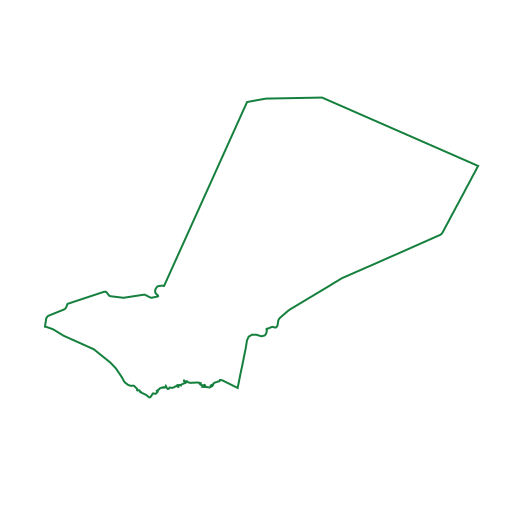 Diffa, orthographic projection, rotated 24°
{"feature_id": "NER-796", "entity_name": "Diffa", "entity_type": "Department", "adm_level": 1, "iso_a3": "NER", "parent_name": "Niger", "parent_adm1": "", "projection": "orthographic", "projection_center": [13.155, 15.532], "detail": "fine", "context": "isolated", "style": "outline", "palette": "green", "viewbox_px": 512, "rotation_deg": 24, "n_neighbors": 0, "source": "natural_earth", "source_scale": "10m", "svg_char_len": 3785}
<svg xmlns="http://www.w3.org/2000/svg" viewBox="0 0 512 512"><g transform="rotate(24 256 256)"><path d="M292.9,384.0L276.1,383.3L274.1,383.6L273.4,384.1L273.5,385.3L272.4,386.1L269.7,388.6L269.3,389.3L268.9,390.0L269.2,390.7L269.3,391.1L269.1,391.7L268.7,391.8L268.2,391.8L267.9,391.9L267.3,392.8L267.4,393.2L268.4,393.3L267.2,394.9L265.5,395.5L263.7,395.9L261.9,396.7L262.1,396.1L262.3,395.4L262.1,394.9L261.4,394.7L261.1,395.0L260.6,396.2L260.1,396.7L260.1,395.9L260.1,395.7L258.9,396.1L257.7,396.1L256.9,395.8L257.3,395.2L257.3,394.7L255.4,394.9L253.7,395.5L247.6,398.6L245.7,399.0L243.8,398.5L243.5,399.7L242.9,399.7L242.0,399.3L241.0,399.0L241.0,399.5L241.5,399.7L242.0,400.0L242.4,400.4L242.9,400.9L242.0,401.7L240.1,403.8L240.0,404.0L240.1,404.6L240.1,404.8L239.9,404.8L239.3,404.7L239.1,404.8L238.8,404.9L237.9,405.2L237.7,405.5L238.0,406.3L238.4,406.8L238.4,407.1L237.5,407.2L237.3,406.9L237.0,406.4L236.6,406.1L236.4,406.4L235.8,407.6L234.1,409.7L233.0,410.6L231.4,411.0L230.6,411.3L230.2,412.9L229.6,413.3L228.5,413.1L227.8,412.6L227.3,412.0L226.5,411.4L226.5,412.6L226.3,413.0L225.9,413.5L225.4,413.8L224.9,414.0L224.7,413.6L224.3,413.8L221.9,416.1L221.7,417.3L220.8,418.5L220.3,419.6L221.4,420.0L220.9,421.5L220.6,422.3L220.0,422.9L219.5,423.0L218.0,423.3L217.7,423.6L217.1,427.3L216.8,428.1L215.8,428.6L214.7,428.3L213.4,427.9L211.9,427.6L210.0,427.5L207.6,427.5L206.5,427.1L205.8,427.5L205.3,427.2L204.8,426.5L204.2,426.2L203.5,426.3L203.1,426.6L202.8,426.9L202.5,427.1L202.0,427.0L201.9,426.7L201.8,426.4L201.6,425.9L200.8,425.5L197.4,424.2L196.3,424.5L194.8,425.4L193.9,425.6L191.6,425.8L187.6,424.8L186.3,424.1L183.2,421.6L173.8,415.7L166.3,412.6L145.8,407.2L112.7,407.1L100.4,405.5L93.9,406.0L92.0,406.4L91.8,406.0L89.7,398.0L90.0,396.8L90.5,395.2L102.3,383.0L102.8,382.3L103.1,381.8L103.3,381.2L103.4,380.4L103.4,378.5L103.3,377.1L103.3,376.5L103.7,376.0L131.4,350.8L132.8,349.9L133.6,349.8L134.6,350.1L137.3,351.6L138.1,352.0L138.7,352.0L139.5,351.9L151.9,348.1L168.9,337.2L169.8,336.7L170.5,336.6L176.1,336.9L177.0,336.8L177.9,336.4L182.5,333.1L182.9,332.5L182.6,332.0L179.8,331.0L179.1,330.6L178.6,329.9L178.2,329.2L177.8,328.1L177.7,327.2L177.9,325.5L178.1,324.6L178.5,323.8L179.1,323.2L181.0,322.0L182.9,321.0L184.1,320.9L184.2,320.7L185.2,119.0L186.5,118.2L187.6,117.3L201.2,108.1L251.9,84.4L421.7,83.4L422.2,83.4L422.3,83.4L422.2,84.0L422.0,87.2L421.8,90.4L421.5,93.6L421.3,96.8L421.1,99.9L420.9,103.1L420.6,106.3L420.4,109.5L420.2,112.7L420.0,115.9L419.7,119.1L419.5,122.2L419.3,125.4L419.0,128.6L418.8,131.8L418.6,135.0L418.3,138.2L418.1,141.4L417.9,144.5L417.7,147.7L417.4,150.9L417.2,154.1L417.0,157.3L416.8,159.0L416.6,159.9L416.4,160.6L415.6,161.9L413.3,164.4L409.6,168.5L405.9,172.6L402.2,176.7L398.5,180.8L394.8,184.9L391.1,189.0L387.4,193.1L383.7,197.2L379.9,201.3L376.2,205.4L372.5,209.5L368.8,213.6L365.1,217.7L361.3,221.8L357.6,225.9L353.8,230.0L351.3,232.8L347.4,237.1L343.7,241.1L341.8,243.8L339.8,246.7L337.8,249.5L335.9,252.4L333.9,255.2L331.9,258.1L329.9,260.9L327.9,263.8L325.9,266.6L323.9,269.5L321.9,272.3L319.9,275.2L317.9,278.0L315.9,280.9L313.9,283.7L311.9,286.6L309.9,289.4L308.0,292.2L306.2,296.0L304.0,300.7L303.0,302.9L302.7,304.2L302.6,305.7L302.9,307.1L303.8,310.1L303.9,311.5L303.3,313.2L302.3,313.7L301.0,313.8L299.7,314.1L299.0,314.7L296.8,317.1L295.5,318.0L295.3,318.4L295.4,318.8L296.1,319.4L296.3,319.8L296.8,322.5L296.7,323.8L296.2,325.1L293.9,327.0L292.8,327.2L291.2,327.5L288.5,327.7L286.0,328.8L284.3,329.6L282.1,332.7L282.1,336.9L283.4,341.7L284.3,345.2L285.0,348.4L285.5,350.7L286.0,352.9L286.5,355.1L287.0,357.3L287.5,359.6L288.0,361.8L288.5,364.0L288.9,366.2L289.4,368.4L289.9,370.7L290.4,372.9L290.9,375.1L291.4,377.3L291.9,379.5L292.4,381.8L292.9,384.0Z" fill="none" stroke="#15803d" stroke-width="2"/></g></svg>